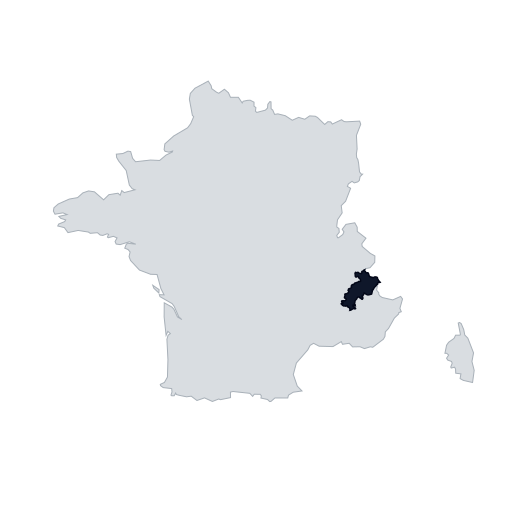 France, with Hautes-Alpes highlighted, rotated 344°
{"feature_id": "FRA-5304", "entity_name": "Hautes-Alpes", "entity_type": "Metropolitan department", "adm_level": 1, "iso_a3": "FRA", "parent_name": "France", "parent_adm1": "", "projection": "albers", "projection_center": [6.118, 44.657], "detail": "fine", "context": "in_parent", "style": "filled", "palette": "ink", "viewbox_px": 512, "rotation_deg": 344, "n_neighbors": 0, "source": "natural_earth", "source_scale": "10m", "svg_char_len": 7023}
<svg xmlns="http://www.w3.org/2000/svg" viewBox="0 0 512 512"><g transform="rotate(344 256 256)"><path d="M381.0,206.7L377.9,208.4L376.1,211.9L374.2,212.8L370.6,212.8L368.9,210.7L364.7,212.1L363.0,214.3L365.6,217.0L357.2,228.1L351.8,231.1L350.7,238.3L344.3,243.7L341.9,249.4L341.7,250.5L343.3,252.4L342.6,256.1L339.3,258.5L339.4,260.9L340.3,261.2L345.3,259.3L347.2,257.1L346.2,254.1L351.2,250.4L360.1,251.3L361.2,256.2L360.1,260.3L366.6,269.2L361.1,273.4L360.7,276.1L366.6,285.0L370.3,288.7L368.4,294.8L362.3,298.7L358.3,298.4L356.6,299.4L356.8,301.3L359.6,306.8L366.4,310.2L367.4,314.3L365.6,315.8L362.5,322.1L363.9,325.2L363.4,326.5L364.1,328.6L365.9,330.7L375.4,335.9L383.9,334.7L385.0,337.7L379.9,346.0L380.3,349.6L377.6,349.8L377.2,351.0L371.9,353.8L363.4,362.2L359.4,364.6L357.8,368.8L355.5,371.1L343.1,375.9L340.8,374.8L334.7,374.9L331.0,371.9L323.8,370.0L321.5,365.6L314.8,364.7L314.4,361.8L305.0,364.3L291.8,360.1L287.3,355.8L283.4,356.8L279.9,360.5L265.3,370.0L259.2,380.2L259.8,392.4L263.0,398.4L254.2,397.2L248.9,398.7L247.4,401.2L235.0,397.7L230.3,399.9L229.0,399.7L227.5,397.1L221.6,393.9L222.6,391.9L221.9,390.1L216.2,388.4L214.1,390.0L212.2,386.3L196.5,379.9L193.9,379.8L192.5,385.1L182.2,384.3L180.8,383.2L174.0,383.8L167.4,378.2L159.4,378.6L155.1,372.9L150.4,372.2L144.1,368.9L141.2,367.2L141.0,365.6L138.8,367.8L136.4,367.1L135.9,366.3L137.8,363.5L138.4,360.2L130.5,356.9L128.5,354.3L128.6,353.0L133.1,352.3L137.5,348.0L142.8,331.3L147.4,311.5L149.7,307.9L152.3,307.0L150.5,304.1L147.7,307.5L150.9,289.2L154.9,275.7L161.1,281.9L162.4,284.5L163.7,292.9L167.2,296.7L165.0,293.1L163.5,282.0L162.3,278.7L152.5,268.6L152.4,266.5L156.9,268.0L155.6,261.0L155.8,246.5L149.6,244.5L140.1,237.4L134.2,225.8L133.8,221.6L136.1,217.4L134.8,214.5L132.0,212.3L134.7,208.8L136.7,208.6L143.7,211.5L138.2,207.4L128.5,207.6L124.9,206.0L124.5,203.3L127.4,200.3L124.4,197.8L119.0,197.7L118.4,196.8L120.3,194.6L119.0,193.6L114.5,194.0L112.0,192.9L110.0,189.9L102.9,188.5L101.5,186.8L92.1,182.4L81.7,181.7L79.6,175.9L73.7,172.5L75.1,170.9L81.6,170.2L83.0,168.8L78.7,166.0L77.4,163.6L85.8,164.1L82.3,161.3L74.3,160.4L73.6,157.0L75.1,153.9L80.2,151.5L92.2,149.8L100.6,150.7L107.0,147.6L113.0,147.3L118.4,149.8L125.0,160.0L131.5,156.5L140.6,157.6L142.2,160.1L145.0,156.1L146.8,158.7L157.9,159.0L155.5,157.1L153.8,152.9L154.8,138.1L150.2,126.9L149.2,122.9L149.8,119.6L156.3,120.8L161.8,119.9L164.3,121.1L164.3,128.1L166.2,132.2L181.1,134.7L189.7,137.6L197.3,134.2L204.2,133.0L204.8,132.1L200.9,132.2L197.4,130.3L197.0,128.4L199.3,123.1L210.1,117.9L225.6,113.9L229.7,110.8L234.5,104.9L233.6,103.3L235.2,86.8L237.7,81.6L243.6,77.9L258.3,74.7L259.8,80.0L259.6,83.0L263.3,87.8L265.1,89.3L271.6,87.0L274.5,91.5L275.2,96.4L282.8,98.6L284.9,105.1L286.3,103.7L291.2,104.1L293.4,104.7L296.5,107.6L295.4,111.4L296.8,113.3L295.4,116.7L296.3,118.2L305.2,118.4L307.9,116.9L309.2,113.4L311.9,111.4L312.9,112.0L311.1,118.6L312.3,120.3L312.9,125.0L316.2,125.4L322.8,129.2L328.3,135.5L335.2,134.5L340.6,138.0L346.2,136.1L351.5,138.0L353.3,139.8L358.3,148.5L362.1,146.7L364.8,147.7L365.7,150.2L375.8,148.6L377.7,151.0L379.8,151.9L392.8,154.9L393.0,158.2L385.8,167.7L382.7,181.0L380.6,185.6L379.9,189.1L380.5,191.4L380.2,195.0L378.7,203.7L379.7,206.2L381.0,206.7ZM435.4,384.0L434.9,389.5L437.0,393.4L438.4,409.1L434.5,416.9L434.2,426.1L429.3,437.3L421.0,432.7L418.4,430.1L420.5,425.8L415.7,423.7L416.7,419.6L416.2,417.6L412.8,417.5L412.6,416.4L415.0,413.2L414.9,411.3L411.6,408.9L411.0,406.8L413.9,404.3L412.5,402.1L410.8,401.6L414.6,394.3L417.4,392.0L423.6,389.8L426.1,387.1L430.3,388.3L430.9,387.6L431.9,376.2L433.3,376.0L434.6,377.5L435.4,384.0ZM153.6,261.6L152.4,264.8L148.9,258.8L148.7,255.7L153.6,261.6Z" fill="#d9dde1" stroke="#a8b0b8" stroke-width="1"/><path d="M367.6,314.5L367.9,315.0L368.1,315.5L367.6,315.5L366.6,315.3L366.1,315.3L365.5,315.6L365.1,316.2L365.0,316.6L364.5,316.5L364.1,316.7L363.3,317.6L361.1,318.8L359.0,320.9L358.2,321.0L358.0,322.0L357.9,322.4L357.3,323.2L356.8,324.3L356.4,324.5L353.7,324.4L352.5,324.1L351.6,323.4L349.8,321.3L348.7,322.8L347.9,323.4L346.9,323.8L347.2,324.6L347.2,325.5L347.0,326.3L346.3,326.9L345.8,326.7L344.9,325.3L344.4,325.0L344.2,324.7L343.7,323.9L343.6,323.6L343.4,323.6L343.2,323.6L342.9,323.6L342.7,323.6L342.0,323.8L340.9,325.0L340.5,325.3L339.5,325.8L339.1,326.1L338.8,326.5L338.3,327.7L338.1,328.0L337.8,328.3L337.6,328.7L337.4,329.1L337.5,329.4L337.7,329.6L337.9,329.8L337.8,330.4L337.7,331.2L336.4,330.2L335.6,330.0L335.3,330.9L335.4,331.4L336.1,331.9L337.1,333.3L337.3,333.8L337.1,334.1L336.5,334.1L335.4,333.5L334.8,333.4L332.1,334.2L331.4,334.1L331.5,334.0L331.6,332.5L331.6,331.5L331.4,331.3L331.2,331.1L330.8,330.9L330.6,330.7L330.3,330.3L330.1,330.1L329.9,329.9L329.9,329.6L330.1,329.3L330.1,329.1L330.0,328.9L329.8,328.8L329.6,328.8L328.4,328.9L328.1,328.8L327.7,328.5L327.4,328.4L326.9,328.3L326.7,328.3L326.6,328.2L325.6,327.3L325.5,327.2L325.4,327.0L325.4,326.6L325.3,326.4L325.2,326.2L324.8,325.7L324.7,325.5L324.8,325.3L325.1,325.2L325.3,325.2L326.0,325.4L326.3,325.4L326.5,325.4L326.6,325.2L326.7,324.8L326.6,324.7L326.3,324.4L326.1,324.3L325.9,324.1L325.8,323.8L325.8,323.5L325.8,323.3L325.8,323.1L326.0,322.9L326.3,322.8L326.5,322.9L327.4,323.0L329.0,323.6L329.5,323.5L330.7,322.7L330.9,322.4L330.9,322.0L330.8,321.8L330.6,321.5L329.9,321.1L329.7,320.8L329.6,320.7L329.6,320.4L329.6,320.2L329.8,319.8L330.6,318.6L330.8,318.1L330.8,317.8L330.8,317.5L330.9,317.2L331.3,317.1L331.6,317.1L331.9,317.1L332.2,317.2L332.7,317.3L333.0,317.2L333.3,317.1L333.7,316.9L334.5,316.8L334.7,316.6L335.2,316.2L335.4,315.9L335.5,315.7L335.5,315.4L335.5,315.2L335.2,315.0L335.0,314.6L335.7,313.5L335.9,313.2L336.3,313.1L336.5,313.1L337.3,313.1L337.9,313.0L338.9,312.7L339.1,312.5L339.3,312.2L339.3,311.9L339.2,311.6L339.2,311.3L339.3,311.1L339.9,310.5L340.4,310.2L340.6,310.1L340.9,310.1L341.1,310.1L341.6,310.3L341.8,310.3L342.1,310.2L343.5,309.3L343.7,309.2L344.0,309.2L344.5,309.4L345.5,309.2L346.2,309.3L346.5,309.3L347.4,308.9L347.6,308.8L347.9,308.8L348.1,308.9L349.1,309.2L349.3,309.2L349.5,309.2L349.7,308.8L349.8,308.3L349.8,307.2L349.8,306.9L349.7,306.6L349.4,306.2L349.1,305.9L348.9,305.6L348.8,305.3L348.8,304.5L348.8,304.2L348.6,303.9L348.4,303.7L348.1,303.6L346.9,303.9L346.6,303.8L346.3,303.8L346.1,303.6L345.9,303.2L345.9,302.6L346.2,301.3L346.3,300.7L346.4,300.2L346.4,299.9L347.1,299.2L347.5,299.6L347.8,299.7L348.2,299.7L348.8,299.7L349.5,299.8L349.8,300.0L350.0,300.3L350.2,300.8L350.3,301.0L352.2,301.9L352.5,301.8L352.7,301.7L353.1,301.2L353.3,300.9L353.4,300.6L353.4,300.3L353.5,300.1L353.8,300.0L354.5,300.0L354.8,299.9L355.8,299.3L356.6,299.2L356.3,299.6L356.0,300.0L356.4,300.7L356.9,301.1L356.9,301.3L356.9,301.6L356.9,302.0L357.3,302.5L357.5,302.7L358.5,302.8L359.2,303.3L359.3,304.4L359.3,306.5L359.8,307.3L360.6,308.0L362.5,309.1L363.0,309.2L364.3,308.9L364.7,308.9L366.1,309.5L366.6,310.0L366.7,310.4L366.7,310.5L366.7,310.8L366.5,311.4L366.5,311.5L366.8,312.3L367.0,313.2L367.1,313.5L367.6,314.5Z" fill="#0f172a" stroke="#020617" stroke-width="1.5"/></g></svg>